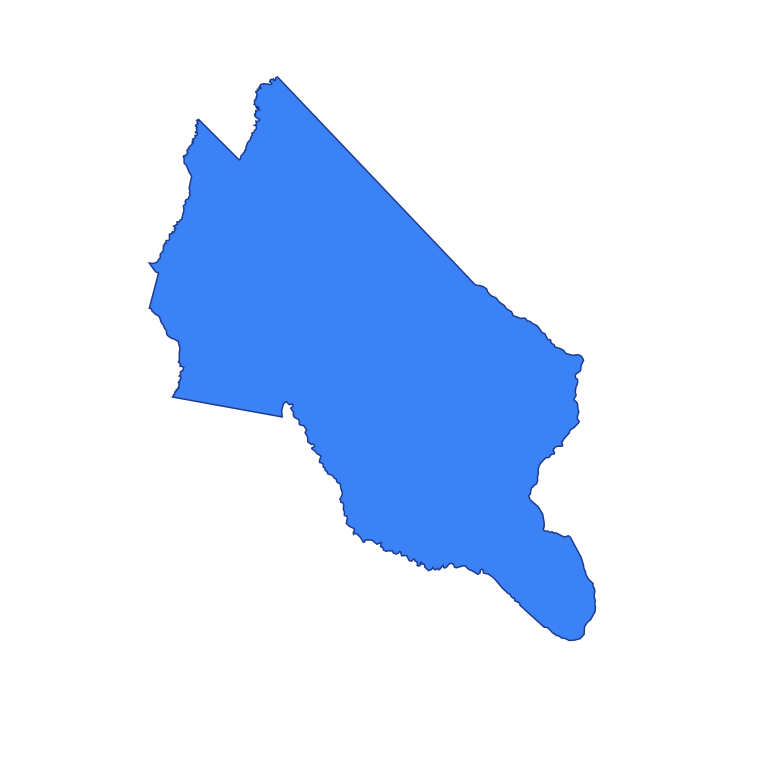 the district of Villagarzón, Putumayo, Colombia, rotated 225°
{"feature_id": "7082276B38703124782657", "entity_name": "Villagarzón", "entity_type": "district", "adm_level": 2, "iso_a3": "COL", "parent_name": "Colombia", "parent_adm1": "Putumayo", "projection": "mercator", "projection_center": [-76.667, 0.922], "detail": "fine", "context": "isolated", "style": "filled", "palette": "blue", "viewbox_px": 768, "rotation_deg": 225, "n_neighbors": 0, "source": "geoboundaries", "source_scale": "gbopen_adm2", "svg_char_len": 6147}
<svg xmlns="http://www.w3.org/2000/svg" viewBox="0 0 768 768"><g transform="rotate(225 384 384)"><path d="M702.2,440.0L702.8,438.0L702.0,438.0L702.0,439.2L701.5,439.4L701.0,438.8L701.2,436.7L699.4,436.1L700.2,433.6L699.5,433.1L697.4,433.3L697.4,432.0L695.6,431.1L695.3,428.5L694.6,428.5L693.6,429.8L692.3,428.2L692.4,427.1L693.4,426.2L691.7,424.8L691.7,423.3L692.5,421.9L691.2,421.6L691.2,420.4L689.5,420.1L690.4,419.1L689.4,418.6L689.3,413.0L688.1,412.2L688.9,410.4L687.7,409.2L686.5,409.1L686.7,408.2L685.5,407.1L686.4,405.2L685.8,404.4L686.9,403.7L686.7,402.8L685.1,402.3L681.4,398.8L678.9,399.0L671.0,395.8L667.0,395.0L660.4,384.8L657.5,383.1L656.5,381.3L654.6,380.6L654.7,379.6L653.4,376.8L654.3,373.7L653.3,372.1L651.6,371.3L651.8,368.1L648.4,365.5L643.5,357.3L644.0,355.8L643.5,354.0L645.0,352.1L643.0,350.8L643.6,350.0L643.5,348.7L644.8,346.5L644.1,347.0L641.2,346.8L641.7,345.1L640.7,344.9L639.9,343.3L640.7,342.5L640.3,341.2L641.0,341.4L640.6,340.4L641.6,338.1L637.7,334.3L637.8,333.3L639.5,331.3L637.6,329.3L638.5,328.5L637.7,327.2L638.0,326.2L634.2,321.9L634.0,317.5L631.4,314.9L631.4,312.2L630.6,311.1L631.0,308.2L633.0,305.5L635.5,303.5L625.0,301.8L621.9,303.1L603.5,271.6L602.1,272.6L599.5,271.6L594.6,271.7L592.2,272.7L589.6,272.4L585.3,270.1L581.5,269.6L579.3,268.4L575.9,267.9L573.0,265.7L571.1,265.3L566.9,265.9L563.9,267.5L559.2,268.6L557.7,267.2L553.8,265.2L550.3,260.8L545.1,255.6L544.9,254.1L542.2,254.4L540.9,252.5L540.6,253.4L539.8,253.0L538.5,253.9L537.2,254.1L535.8,251.1L536.4,250.1L536.2,248.0L534.5,246.8L534.4,244.8L533.3,245.4L531.9,244.9L531.5,243.2L530.7,242.7L530.8,240.8L529.9,240.4L530.3,239.6L529.1,239.4L527.0,236.7L527.0,235.8L526.0,235.4L526.9,233.1L525.8,232.4L526.3,230.8L524.9,228.5L525.2,227.7L524.3,225.9L524.8,224.9L432.7,288.7L437.4,292.7L440.9,298.4L440.9,301.4L440.3,302.6L436.8,302.3L435.9,302.8L434.8,304.9L433.1,304.6L432.7,303.2L432.9,300.9L427.5,299.9L426.7,298.3L425.0,297.3L423.7,297.1L419.4,298.5L417.8,297.9L415.4,295.6L414.7,295.6L411.5,297.7L406.7,297.1L406.0,296.5L406.0,295.2L405.1,293.6L400.6,292.6L397.1,289.2L393.0,289.8L390.9,291.7L388.8,290.9L389.8,287.9L389.4,287.2L384.9,287.8L382.2,287.4L377.7,288.5L375.3,284.0L374.0,283.0L372.2,284.1L370.5,284.3L368.1,282.3L366.6,282.7L364.2,281.3L362.7,282.0L360.4,280.7L356.0,282.9L353.2,282.3L350.4,282.9L348.4,281.6L347.0,281.4L345.4,282.2L343.7,282.0L340.2,279.4L336.1,277.4L334.6,274.7L333.8,271.3L332.3,271.1L330.9,269.8L328.8,270.9L327.7,270.6L323.8,266.4L321.6,265.7L319.4,263.2L318.4,263.2L316.9,264.3L315.5,263.8L312.1,258.8L307.9,258.8L303.1,260.6L301.4,259.6L300.5,256.9L299.1,256.3L299.1,257.6L297.2,258.8L292.3,258.9L286.8,257.5L286.0,258.6L286.9,260.4L286.2,261.2L282.2,265.1L275.7,265.7L274.0,269.9L273.2,269.3L271.8,266.8L270.7,266.6L269.6,267.5L268.8,267.5L266.9,266.2L263.9,267.4L263.4,268.8L260.8,271.0L260.5,271.8L259.8,272.1L257.9,271.0L255.0,272.5L254.2,274.8L254.6,276.3L253.8,277.1L250.3,275.1L249.8,275.2L246.9,278.7L241.0,276.9L239.1,278.7L239.4,281.2L238.7,281.7L236.9,280.8L235.6,281.3L233.5,280.9L232.3,279.2L231.1,279.4L230.1,281.1L231.7,283.0L231.7,284.4L229.6,283.4L228.6,284.7L227.4,284.9L225.9,283.4L220.5,283.5L219.2,286.5L219.8,288.7L217.3,288.4L216.3,288.8L215.5,291.7L214.0,291.3L213.5,292.1L214.0,297.6L211.8,296.4L210.5,297.4L210.3,299.7L210.8,302.5L209.5,305.0L207.2,305.5L204.7,304.3L203.0,305.1L199.3,311.6L197.4,313.0L195.8,312.6L192.5,312.9L189.7,314.2L182.9,315.9L182.6,318.7L184.4,320.5L183.7,322.4L182.9,322.6L180.4,321.0L179.4,320.9L175.9,323.4L168.7,324.5L156.1,323.4L148.3,323.6L146.2,324.4L143.3,323.6L141.5,323.8L140.1,324.9L138.4,323.2L133.3,325.0L131.2,323.7L98.6,325.3L97.2,326.7L95.4,327.5L88.7,327.3L84.2,328.2L82.6,329.3L78.5,330.2L76.0,332.1L71.7,333.6L68.0,337.8L65.2,342.7L65.5,348.5L70.5,354.1L71.7,359.2L71.3,363.4L73.8,372.4L77.4,376.4L78.8,376.9L81.6,380.4L85.2,382.3L88.4,386.6L90.9,388.3L93.5,388.9L95.2,390.8L100.9,390.5L106.1,391.9L109.7,394.1L112.5,395.1L115.0,397.1L122.0,400.8L144.1,407.5L146.2,407.1L148.5,403.1L156.8,400.5L158.9,398.6L160.7,398.3L162.0,396.3L164.0,395.9L165.7,394.2L167.4,393.6L168.8,394.0L169.8,396.3L172.7,399.2L179.9,404.2L188.1,406.2L198.7,405.5L202.8,407.2L202.6,409.4L206.2,414.3L205.9,417.3L206.4,419.1L205.6,420.5L205.8,421.8L207.2,424.6L209.6,426.5L211.4,429.6L214.6,432.6L216.5,436.1L217.2,438.7L217.5,446.2L215.4,448.7L215.9,452.4L214.2,455.1L215.0,456.1L217.7,456.7L218.3,460.5L217.2,462.8L214.3,465.7L214.0,466.7L217.1,468.4L218.0,472.8L218.4,480.4L219.8,482.8L218.8,488.2L219.0,494.9L220.0,495.7L222.8,496.1L224.5,498.1L226.7,502.2L228.9,503.2L233.0,506.7L235.3,507.4L237.8,507.0L239.0,507.5L240.1,511.8L243.1,513.6L246.1,517.6L247.2,520.6L248.6,522.5L250.7,524.2L253.0,523.7L255.0,525.6L255.3,527.6L254.4,531.2L254.6,532.6L257.6,536.4L259.7,542.0L263.2,543.1L265.1,543.0L267.6,541.9L270.5,538.0L276.9,534.2L280.9,534.7L284.3,533.7L289.5,531.0L291.3,532.1L294.7,531.1L296.9,532.7L298.1,532.7L299.1,531.3L303.4,532.3L305.5,533.3L308.6,532.2L316.7,533.5L321.5,531.9L324.9,531.6L327.4,530.0L330.3,530.4L331.1,530.1L333.8,527.0L340.9,523.7L345.0,525.3L350.4,523.8L354.7,524.6L360.3,523.4L365.7,524.1L371.2,522.0L375.6,522.4L378.7,523.8L382.6,523.0L384.8,522.0L389.4,518.6L676.4,525.8L677.1,524.2L675.8,522.5L675.8,521.2L677.8,521.7L677.9,520.5L678.8,520.2L679.4,518.6L678.7,516.9L676.3,517.5L675.5,516.7L676.4,515.0L677.4,514.7L681.7,510.9L682.9,508.6L682.4,506.4L680.3,506.2L680.7,505.4L681.7,505.0L680.9,504.4L680.9,503.4L681.9,502.9L680.7,501.6L681.4,500.1L678.5,498.8L677.0,497.2L677.2,496.2L676.0,495.5L675.8,494.6L676.3,494.0L675.9,492.6L674.2,491.4L673.7,489.9L671.6,490.3L669.6,489.1L670.0,490.4L668.1,491.1L667.8,490.6L668.5,489.6L666.1,489.6L667.2,488.8L666.9,486.9L667.9,486.5L666.1,484.4L666.3,483.2L664.6,482.9L664.7,482.1L660.7,482.3L659.6,483.2L658.4,482.5L658.9,480.2L659.7,480.0L659.4,479.2L660.1,479.1L657.8,477.5L658.5,475.3L656.7,476.2L654.6,474.1L654.9,472.2L653.9,469.6L654.8,467.8L653.2,467.2L653.1,465.7L651.2,461.8L651.2,458.3L649.0,453.9L647.6,452.3L647.6,450.8L646.7,449.2L646.9,448.4L646.3,446.8L646.6,444.8L644.6,441.0L644.9,440.0L702.2,440.0Z" fill="#3b82f6" stroke="#1e3a8a" stroke-width="1.5"/></g></svg>